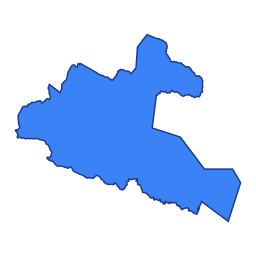 the district of Karimui/Nomane District, Chimbu, Papua New Guinea
{"feature_id": "67681753B62109330711347", "entity_name": "Karimui/Nomane District", "entity_type": "district", "adm_level": 2, "iso_a3": "PNG", "parent_name": "Papua New Guinea", "parent_adm1": "Chimbu", "projection": "robinson", "projection_center": [144.808, -6.532], "detail": "fine", "context": "isolated", "style": "filled", "palette": "blue", "viewbox_px": 256, "rotation_deg": 0, "n_neighbors": 0, "source": "geoboundaries", "source_scale": "gbopen_adm2", "svg_char_len": 5757}
<svg xmlns="http://www.w3.org/2000/svg" viewBox="0 0 256 256"><path d="M48.9,84.0L49.4,85.0L49.4,85.4L48.3,87.3L48.2,88.4L48.4,89.0L49.1,89.8L49.2,93.7L50.1,95.6L50.5,96.9L50.5,97.3L49.8,98.1L49.5,99.3L48.9,99.5L47.9,98.8L46.7,98.8L46.2,99.2L45.3,100.9L44.3,101.0L43.4,101.9L42.9,102.7L42.3,103.1L41.9,103.0L41.5,102.6L41.2,101.8L40.2,100.7L39.9,100.6L39.1,100.8L38.2,101.4L37.6,101.4L36.9,101.2L35.6,102.3L33.9,102.5L32.2,102.3L31.5,102.5L30.7,103.6L30.0,104.1L28.7,104.1L28.3,104.3L27.8,104.9L27.7,105.3L27.7,105.9L27.4,106.5L26.9,106.6L25.9,106.1L25.1,106.4L23.6,106.4L23.2,106.5L22.5,107.2L20.4,111.5L18.5,114.5L18.2,115.9L18.1,117.3L18.7,123.7L18.9,125.0L19.7,126.6L19.8,127.4L19.6,127.9L17.5,129.8L16.0,129.8L15.4,130.3L15.6,131.0L16.4,131.4L16.9,132.0L17.2,133.2L17.8,134.0L18.0,135.1L17.2,136.5L17.3,137.1L17.9,137.8L18.5,137.8L20.0,137.3L21.5,138.1L22.4,138.1L23.2,137.7L23.8,137.8L25.0,138.6L25.6,138.8L26.7,138.7L27.4,138.1L27.9,138.1L29.1,138.7L31.3,138.5L31.7,138.7L33.9,138.7L35.1,138.8L36.4,138.4L37.6,138.7L39.6,139.5L43.9,140.5L44.9,141.2L45.7,142.2L46.0,143.5L46.3,144.0L48.1,145.0L48.6,145.5L49.1,146.5L49.3,147.6L50.2,149.7L51.0,150.8L51.7,152.1L51.8,152.9L51.6,153.7L51.2,154.6L51.0,155.7L50.7,156.4L49.6,157.3L49.0,157.5L47.5,157.3L46.9,157.7L47.9,159.2L49.3,160.2L53.5,161.9L54.7,163.6L56.0,165.1L57.3,166.0L58.4,166.2L60.2,166.0L61.8,166.1L67.9,168.2L68.2,168.2L68.8,167.9L69.3,167.2L69.8,167.0L71.1,167.3L71.7,167.9L73.2,170.8L74.1,171.6L76.8,172.7L78.0,173.5L82.9,175.3L84.0,176.1L84.6,176.8L85.8,177.1L86.3,177.4L86.9,178.1L89.1,177.8L91.3,177.9L92.5,178.3L93.0,178.3L93.8,178.0L95.1,176.4L95.5,176.1L97.3,175.5L98.2,175.7L100.2,177.4L101.3,179.3L103.2,180.4L103.5,180.8L103.7,181.6L103.9,182.1L106.1,183.8L108.6,184.5L110.5,184.3L113.8,184.5L114.2,184.2L114.4,183.3L114.9,182.9L115.6,183.4L116.7,184.5L117.4,185.9L119.1,187.5L119.5,188.6L119.8,189.0L121.0,189.2L121.6,189.8L122.3,190.0L123.4,189.1L124.5,188.7L125.1,187.7L125.4,186.3L127.1,184.6L127.1,183.9L126.7,182.9L126.8,182.1L127.1,181.6L127.5,181.4L128.4,181.4L128.9,181.0L129.0,180.5L128.6,179.3L129.1,179.0L129.7,179.0L130.3,179.3L130.7,179.2L131.5,179.6L132.0,179.6L133.5,179.0L137.1,178.9L137.5,179.0L137.7,179.5L137.3,179.9L136.3,180.4L136.1,180.5L136.0,180.9L136.9,181.0L137.2,181.1L137.6,183.3L137.6,184.2L137.9,184.7L138.2,184.8L139.0,184.4L139.3,184.5L139.7,184.8L140.1,185.6L141.2,186.8L141.2,188.4L141.5,188.9L142.2,189.4L142.3,191.5L142.7,192.3L143.3,192.6L144.2,192.5L144.9,192.9L145.9,192.9L148.0,194.9L148.8,195.4L149.6,196.8L150.7,197.9L151.7,198.1L152.5,197.8L153.2,197.3L153.7,197.3L153.8,198.1L153.6,199.3L154.6,200.0L155.1,199.8L155.7,199.2L156.2,199.0L157.0,199.2L157.9,200.4L158.4,200.5L158.8,200.4L159.6,199.5L160.2,199.5L160.5,199.9L160.3,201.1L160.5,201.8L161.9,201.6L162.4,202.1L163.2,203.6L163.8,204.0L164.4,204.0L165.2,203.6L165.3,203.2L164.9,202.5L165.0,202.1L165.3,201.7L165.8,201.7L168.8,203.4L169.0,203.3L169.4,202.8L169.9,202.0L170.1,202.0L170.5,202.3L170.7,203.0L171.0,203.1L171.5,202.4L172.6,202.6L173.0,202.3L173.3,202.3L174.0,202.9L175.8,202.7L176.1,202.9L176.5,203.7L176.5,204.3L176.9,205.1L177.9,205.5L178.6,206.2L179.4,205.8L179.8,206.2L180.1,207.2L180.7,208.3L181.6,209.4L182.3,209.6L183.0,208.8L183.7,208.7L184.4,208.3L186.1,208.1L187.3,207.7L187.9,208.5L188.4,208.5L188.9,208.8L188.9,209.2L188.7,210.7L189.0,211.0L189.4,211.1L190.0,210.6L191.7,211.2L192.8,212.5L193.6,212.8L194.4,212.7L195.1,213.8L196.1,214.1L197.0,214.0L197.3,213.0L197.9,211.9L197.6,211.1L198.3,210.7L198.6,210.1L198.4,209.8L197.8,209.6L197.5,209.3L197.6,208.6L198.0,208.2L198.3,208.2L198.7,208.9L199.0,208.9L199.3,208.6L199.4,207.9L199.0,207.3L198.8,206.7L200.1,205.5L200.5,204.1L201.7,201.6L228.2,221.4L240.6,182.7L232.6,169.1L204.4,169.1L180.3,137.1L152.2,128.0L156.3,95.5L157.2,95.3L158.0,94.1L158.6,93.5L159.7,93.5L160.2,93.0L160.4,91.8L160.8,91.2L161.5,91.1L162.3,91.7L163.0,91.9L164.4,91.6L165.6,92.3L166.5,92.5L167.3,93.0L168.7,92.8L170.2,92.8L171.9,90.4L172.3,90.4L172.9,91.2L174.9,92.2L176.8,92.0L177.8,92.3L178.7,93.0L179.4,93.4L180.4,94.6L182.7,96.2L184.0,96.0L186.1,94.8L190.0,95.1L190.9,95.9L192.0,96.3L192.9,96.3L193.5,97.0L194.3,97.4L195.0,97.3L195.9,97.0L196.4,96.4L197.4,96.4L198.6,96.8L199.1,96.7L199.4,96.5L200.1,95.3L200.5,94.2L200.5,93.3L200.6,93.0L201.1,92.6L202.1,92.3L202.5,91.8L202.2,89.7L202.2,88.6L202.8,86.7L202.4,84.7L202.4,83.9L202.6,83.3L202.6,81.8L202.8,81.0L201.3,77.8L199.1,75.8L198.6,76.3L197.8,76.3L194.9,75.3L194.8,74.3L194.1,72.7L193.3,72.1L192.5,71.8L191.1,69.6L190.9,69.0L190.3,68.3L188.9,67.1L188.3,66.8L187.5,66.9L185.1,66.5L180.9,62.9L178.5,63.1L177.8,62.8L177.0,62.2L176.0,61.9L175.0,62.2L173.7,61.4L173.0,61.8L171.7,61.9L171.0,61.5L169.2,57.7L168.3,56.8L167.8,55.5L167.1,54.6L166.2,54.0L166.0,53.4L166.0,52.2L166.5,49.6L166.4,49.0L167.0,48.0L167.1,46.2L166.3,43.4L165.8,42.7L165.1,42.3L164.0,41.3L163.1,40.9L161.9,40.0L160.3,39.7L159.7,39.1L158.8,38.7L158.1,38.8L157.6,38.6L156.8,38.7L147.2,34.6L145.8,36.2L137.5,47.0L136.0,67.9L131.2,73.7L130.7,73.4L129.7,72.1L128.4,71.3L125.2,71.1L123.5,69.8L122.6,69.7L121.3,70.0L120.6,69.5L120.2,69.6L119.4,70.4L118.8,70.5L117.7,71.5L117.8,71.9L118.0,72.1L117.9,72.5L116.9,73.8L116.3,75.5L115.4,76.7L114.9,77.1L114.6,77.8L113.4,78.8L113.0,79.6L112.5,79.8L112.2,80.3L111.7,80.2L111.0,79.2L110.1,79.2L109.9,78.9L108.8,78.4L108.0,77.3L107.5,77.0L105.5,77.2L102.3,75.3L101.0,75.3L99.9,74.5L99.3,74.6L98.9,74.3L98.5,74.5L98.0,74.1L97.5,73.2L80.2,63.4L79.9,64.1L79.6,64.3L79.2,64.3L78.6,63.6L78.0,64.0L77.3,66.6L76.9,67.1L76.6,67.2L76.0,67.1L74.8,65.2L74.4,65.0L73.2,65.0L72.4,65.2L71.4,66.2L68.2,71.9L67.6,74.1L67.1,77.7L66.6,79.3L65.7,80.3L64.3,81.3L62.1,84.0L61.8,84.6L61.7,85.2L61.8,87.7L61.4,89.5L60.1,92.7L48.9,84.0Z" fill="#3b82f6" stroke="#1e3a8a" stroke-width="1.5"/></svg>